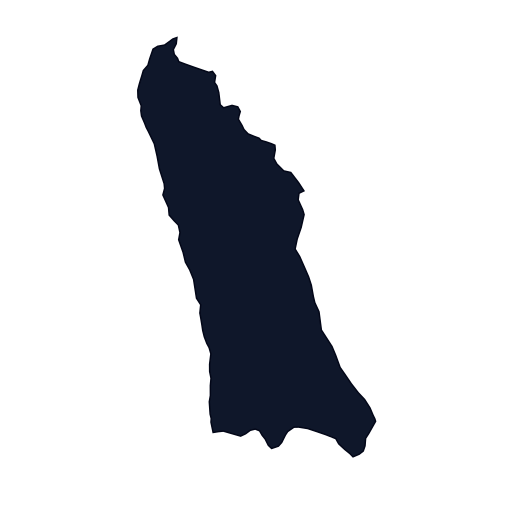 the district of Qusar District, Qusar, Azerbaijan, rotated 109°
{"feature_id": "54616110B21517829058101", "entity_name": "Qusar District", "entity_type": "district", "adm_level": 2, "iso_a3": "AZE", "parent_name": "Azerbaijan", "parent_adm1": "Qusar", "projection": "mercator", "projection_center": [48.257, 41.46], "detail": "fine", "context": "isolated", "style": "filled", "palette": "ink", "viewbox_px": 512, "rotation_deg": 109, "n_neighbors": 0, "source": "geoboundaries", "source_scale": "gbopen_adm2", "svg_char_len": 1943}
<svg xmlns="http://www.w3.org/2000/svg" viewBox="0 0 512 512"><g transform="rotate(109 256 256)"><path d="M373.4,89.1L371.3,90.6L368.3,93.6L362.6,98.7L356.3,106.6L352.0,114.8L345.7,124.4L339.1,133.2L334.0,140.2L324.0,148.3L316.8,154.7L304.7,170.1L288.2,178.3L281.0,185.2L275.8,188.5L265.6,194.2L258.7,199.4L251.9,205.6L242.3,214.5L236.7,221.3L226.4,222.6L214.3,222.6L201.2,224.0L197.1,226.9L189.2,234.4L182.7,235.8L178.8,231.9L172.8,239.6L165.7,250.3L166.5,257.5L162.2,266.3L157.9,271.0L149.4,272.3L145.1,274.2L144.8,278.0L144.8,283.7L145.1,288.7L143.6,291.5L143.5,296.5L143.1,303.3L140.3,308.6L137.1,311.7L132.4,317.2L129.0,317.7L124.5,317.9L120.9,321.8L121.4,327.7L126.4,334.9L124.6,339.1L113.6,344.4L107.9,348.3L105.4,351.7L98.6,352.9L95.6,357.3L97.7,360.5L97.7,369.6L97.7,376.3L97.6,385.2L97.4,392.3L94.6,394.6L92.0,398.9L87.7,401.4L81.3,400.5L75.2,401.9L75.9,402.8L77.9,405.3L86.3,411.1L89.7,417.2L93.9,420.7L104.1,420.7L110.9,420.3L117.3,422.9L123.1,422.6L126.5,422.5L131.5,422.3L137.6,421.8L144.5,419.2L151.3,413.4L156.1,412.2L160.9,409.8L166.6,404.6L170.2,401.6L173.1,398.5L183.0,388.7L193.8,382.0L205.0,375.7L217.5,366.4L221.9,364.4L228.6,363.9L238.6,354.5L245.6,351.4L249.3,344.9L252.0,339.5L258.6,335.5L265.8,334.4L276.3,326.1L284.8,320.7L290.6,314.2L298.4,307.4L315.3,298.5L320.1,292.4L328.2,290.5L332.3,288.2L338.6,284.8L343.8,282.1L349.2,278.6L354.7,274.0L357.9,270.5L363.2,266.8L373.5,264.6L380.3,262.2L386.3,258.7L393.3,257.0L402.8,253.7L409.0,252.7L420.4,247.9L424.3,245.4L427.7,244.5L436.8,239.1L434.4,234.6L432.2,229.9L431.3,211.9L427.5,208.0L422.7,204.7L419.9,200.4L420.1,195.7L423.5,191.8L426.1,187.7L431.0,182.7L432.9,178.6L428.5,172.9L424.0,171.0L415.6,169.9L411.7,168.9L405.5,164.4L403.9,160.1L402.3,151.0L402.2,140.8L402.2,131.7L402.7,121.1L406.7,116.6L410.0,109.1L412.3,102.8L414.3,98.9L409.8,93.9L405.5,91.1L400.1,91.1L392.7,93.0L387.0,91.6L373.4,89.1Z" fill="#0f172a" stroke="#020617" stroke-width="1.5"/></g></svg>